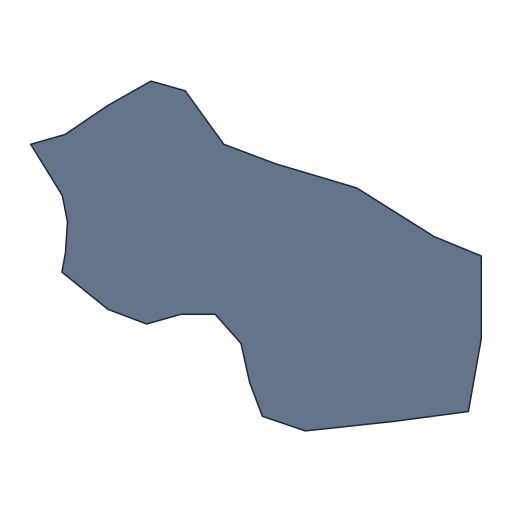 outline of Bushenyi
{"feature_id": "UGA-3366", "entity_name": "Bushenyi", "entity_type": "District", "adm_level": 1, "iso_a3": "UGA", "parent_name": "Uganda", "parent_adm1": "", "projection": "robinson", "projection_center": [30.086, -0.492], "detail": "fine", "context": "isolated", "style": "filled", "palette": "slate", "viewbox_px": 512, "rotation_deg": 0, "n_neighbors": 0, "source": "natural_earth", "source_scale": "10m", "svg_char_len": 435}
<svg xmlns="http://www.w3.org/2000/svg" viewBox="0 0 512 512"><path d="M61.9,272.1L65.4,253.2L67.5,221.9L62.3,195.5L30.7,144.3L65.0,134.5L108.0,105.4L150.9,81.1L185.2,90.8L223.8,144.3L275.3,163.7L356.8,188.0L434.1,236.6L481.3,256.0L481.3,338.6L468.4,411.5L395.5,421.2L305.3,430.9L262.4,416.3L249.6,382.3L241.0,343.4L215.2,314.3L180.9,314.3L146.6,324.0L108.0,309.4L61.9,272.1Z" fill="#64748b" stroke="#1e293b" stroke-width="1.5"/></svg>